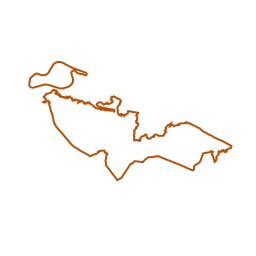 the district of Central 1 Mahe, Seychelles, rotated 280°
{"feature_id": "34574756B27990728867894", "entity_name": "Central 1 Mahe", "entity_type": "district", "adm_level": 2, "iso_a3": "SYC", "parent_name": "Seychelles", "parent_adm1": "", "projection": "equal_earth", "projection_center": [55.458, -4.627], "detail": "fine", "context": "isolated", "style": "outline", "palette": "amber", "viewbox_px": 256, "rotation_deg": 280, "n_neighbors": 0, "source": "geoboundaries", "source_scale": "gbopen_adm2", "svg_char_len": 5875}
<svg xmlns="http://www.w3.org/2000/svg" viewBox="0 0 256 256"><g transform="rotate(280 128 128)"><path d="M152.8,48.2L151.8,47.2L151.6,47.5L150.9,46.8L149.6,46.1L147.5,42.4L147.4,41.4L146.1,41.3L144.1,39.5L143.7,39.6L142.7,41.7L141.6,42.1L140.4,42.2L140.0,41.9L139.0,40.0L138.6,40.0L138.4,40.6L139.1,42.6L140.7,43.8L140.9,44.3L140.4,45.5L140.0,46.0L139.2,46.6L138.5,45.8L135.8,47.2L131.0,49.4L127.6,51.4L121.5,53.7L117.6,56.2L101.5,75.8L100.2,78.1L98.4,82.8L96.6,87.0L96.1,89.1L94.2,94.4L93.7,95.1L93.7,96.0L94.7,97.0L95.8,98.7L97.4,101.7L98.8,103.2L99.4,102.7L100.5,103.9L100.5,104.5L101.2,106.1L101.7,108.6L101.1,108.8L99.8,109.8L100.1,110.1L98.8,111.4L99.2,111.7L98.7,112.2L97.5,111.6L95.9,111.5L93.6,111.7L91.6,111.5L89.7,112.5L87.6,112.7L74.8,126.6L77.6,130.1L92.8,136.7L93.0,137.6L96.5,140.3L97.0,148.6L98.7,149.5L102.8,153.1L103.3,155.9L105.5,162.4L99.9,189.4L98.8,193.2L97.5,199.1L98.6,200.2L101.1,199.6L102.9,200.3L104.5,202.4L106.6,204.4L109.1,205.4L110.9,205.5L112.4,205.9L115.8,206.3L116.4,207.2L117.4,209.8L118.4,212.8L119.8,214.0L119.1,215.0L119.2,215.7L117.7,215.1L116.3,215.3L115.0,216.6L109.6,219.2L110.7,220.1L113.4,220.6L114.6,220.0L115.2,220.2L116.6,221.0L117.3,221.7L118.5,221.9L119.7,221.2L120.7,221.3L120.5,222.9L120.8,223.9L121.4,224.0L121.4,224.8L122.5,224.7L122.7,225.4L121.9,225.9L121.1,228.0L121.5,228.9L122.2,229.5L122.3,230.0L122.4,229.3L122.0,228.6L121.9,227.8L122.2,227.5L123.3,227.9L123.3,228.2L122.6,228.1L122.7,228.6L123.7,229.2L125.6,231.3L125.8,232.7L128.3,233.0L131.9,222.0L132.3,219.2L133.3,216.6L133.7,214.3L134.7,212.4L135.7,208.6L137.3,204.3L137.4,203.1L139.5,199.5L140.2,198.7L140.7,196.1L141.0,195.6L141.6,193.9L142.7,189.2L143.5,186.9L143.8,184.4L143.0,184.5L142.7,183.2L142.2,181.8L141.6,178.7L140.8,177.5L140.1,177.9L139.8,177.3L139.5,176.0L139.1,175.4L138.7,174.3L137.8,172.8L138.4,172.3L138.5,171.9L138.4,170.6L138.2,170.1L137.4,169.6L137.0,169.0L138.4,169.3L139.1,170.0L140.3,169.9L139.0,168.7L138.2,167.3L137.4,166.6L134.8,165.1L133.6,165.9L131.7,164.6L130.8,166.3L129.5,165.4L129.1,164.9L128.2,164.7L127.4,164.8L126.5,164.2L125.6,159.4L126.0,158.7L126.3,157.8L126.3,156.1L126.1,155.5L124.9,154.7L124.6,155.1L124.2,155.3L123.8,155.2L123.6,154.9L123.4,153.5L122.9,152.8L121.7,151.8L121.1,150.7L121.0,150.0L121.1,149.6L121.7,148.9L121.7,148.5L122.0,148.1L124.4,147.4L124.7,147.1L124.8,146.7L124.4,146.0L122.9,145.0L121.9,142.9L121.4,142.5L120.2,142.1L119.1,141.5L118.3,142.4L117.5,142.0L117.1,141.2L117.2,140.7L117.7,140.0L117.7,137.9L116.8,136.8L116.9,136.1L120.9,135.6L121.5,135.2L122.1,135.0L122.7,135.0L123.9,135.3L125.4,135.1L125.8,134.7L126.3,134.9L126.9,134.6L128.8,136.0L129.2,135.9L129.7,136.4L130.3,136.0L131.1,136.8L132.8,137.4L133.7,137.6L134.2,137.1L134.4,136.3L134.3,135.9L134.7,135.3L135.3,135.7L135.6,135.5L135.8,134.9L136.1,134.7L136.7,135.2L137.7,135.6L138.3,135.3L139.5,135.5L140.5,135.2L141.6,133.9L143.6,135.1L144.7,135.3L144.6,125.2L143.9,125.4L142.4,125.2L141.1,123.9L140.9,123.4L140.7,124.0L140.8,123.4L140.6,123.3L139.7,122.1L139.3,122.0L139.6,121.8L139.5,120.6L140.6,119.4L140.4,119.1L140.2,119.0L140.1,118.9L140.5,118.7L140.4,118.5L139.9,119.0L139.7,118.7L139.4,119.0L139.3,118.9L138.9,119.0L139.1,117.6L139.5,116.8L140.3,115.8L141.1,115.3L143.7,115.0L144.4,114.4L145.9,114.0L148.4,114.6L149.6,115.8L151.4,115.9L151.4,115.6L152.0,115.7L152.3,116.1L152.9,116.2L153.0,116.5L154.5,115.5L155.4,112.0L155.3,111.7L155.6,111.4L155.8,111.5L156.6,108.5L156.3,108.4L156.0,107.6L156.0,106.5L155.8,106.4L155.6,107.0L155.4,107.1L154.4,106.5L153.5,106.4L153.2,106.8L152.9,106.4L151.8,107.7L152.0,108.1L151.0,108.4L150.6,108.2L148.5,105.4L148.1,104.9L148.1,104.3L148.7,103.6L148.9,103.8L149.3,103.2L147.4,100.7L147.2,101.0L146.8,100.1L148.3,97.8L148.4,95.4L148.0,94.6L146.0,93.1L145.4,93.1L144.8,93.7L144.2,95.0L143.6,99.5L143.5,110.5L143.1,111.7L141.8,111.7L141.8,111.2L142.8,111.2L142.7,110.5L142.8,110.0L142.6,109.5L142.6,109.1L142.1,109.0L141.8,108.7L141.5,108.7L142.0,108.5L141.9,103.0L141.8,102.8L141.4,102.8L141.4,102.5L141.9,102.4L141.9,98.5L141.8,98.3L141.3,98.3L141.3,98.1L141.9,98.0L141.9,93.0L144.7,88.4L145.6,85.8L146.1,85.8L146.2,85.7L145.8,85.6L146.2,83.8L146.2,83.4L146.0,83.2L145.0,83.1L144.6,81.9L144.4,81.7L144.5,80.6L145.1,80.7L145.1,80.3L145.6,80.2L145.8,80.0L145.8,79.6L146.4,77.5L146.6,77.5L146.5,75.9L145.2,76.0L145.1,75.3L144.4,74.6L146.5,74.8L146.6,73.1L147.1,71.3L145.9,70.7L146.0,70.4L145.7,70.3L145.9,69.7L146.2,69.8L146.6,69.4L146.6,69.0L146.2,68.8L146.5,68.7L146.6,68.4L146.2,68.1L147.9,67.3L147.8,66.9L147.9,66.6L147.8,66.4L147.9,66.0L148.3,65.5L148.7,65.6L149.0,65.3L148.7,64.6L148.0,64.7L147.5,64.0L147.2,63.8L147.6,63.6L147.6,63.2L147.1,63.1L147.0,62.8L147.4,62.7L147.5,62.4L148.2,62.6L148.3,62.2L147.9,62.0L147.7,61.6L147.3,61.5L147.5,61.3L147.3,60.6L147.1,60.7L146.7,60.5L146.7,60.3L147.0,60.3L147.2,60.1L147.1,59.5L147.3,59.2L147.3,58.4L147.5,57.6L147.4,57.5L147.0,57.5L146.9,57.2L147.1,56.3L147.7,56.5L147.8,55.9L148.2,55.5L147.6,55.1L147.9,54.7L148.1,54.4L148.9,54.8L148.9,54.5L149.3,54.2L149.3,53.4L149.4,53.0L148.8,52.7L148.8,52.4L149.2,51.0L149.5,50.5L151.0,52.3L152.4,50.6L152.0,50.1L152.3,49.8L152.8,48.2ZM178.2,43.8L168.3,39.9L167.5,39.4L166.9,38.8L166.0,37.5L165.4,36.0L165.1,34.3L165.2,32.5L165.8,29.7L165.7,28.6L165.5,28.0L165.3,27.5L160.9,23.7L160.2,23.3L159.0,23.0L153.9,23.2L153.1,23.3L152.3,23.6L151.9,24.0L151.4,24.8L151.1,26.3L151.3,27.8L156.1,37.7L156.6,39.9L156.6,42.1L155.2,53.9L155.4,56.0L155.9,57.5L157.9,61.5L158.9,62.9L160.6,64.4L162.2,65.3L162.7,65.2L163.0,65.5L164.3,65.7L166.9,65.3L171.4,62.9L172.5,62.6L173.6,62.7L175.2,64.1L175.4,64.6L175.4,65.2L175.2,65.7L174.3,66.9L173.6,68.2L173.2,69.3L173.0,71.7L173.2,73.9L172.5,76.1L172.6,77.0L172.9,77.6L173.4,78.0L174.0,78.0L174.7,77.5L175.2,76.3L177.3,64.1L179.3,57.0L180.9,52.7L181.1,51.9L181.2,49.4L180.9,48.1L180.4,46.5L179.6,45.2L178.2,43.8Z" fill="none" stroke="#b45309" stroke-width="2"/></g></svg>